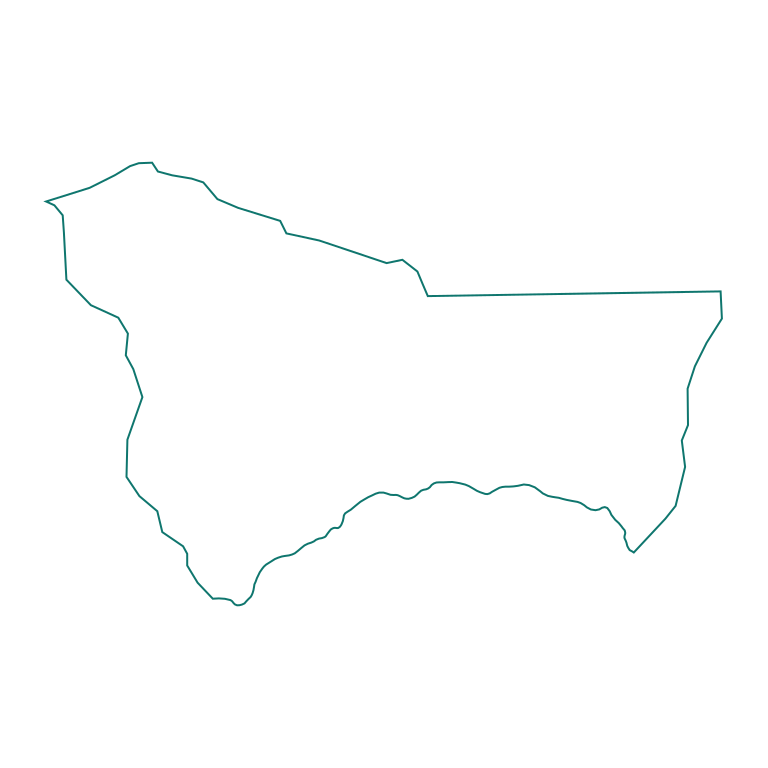 the district of Djoukou, Kémo, Central African Republic
{"feature_id": "33826404B12088014945622", "entity_name": "Djoukou", "entity_type": "district", "adm_level": 2, "iso_a3": "CAF", "parent_name": "Central African Republic", "parent_adm1": "Kémo", "projection": "albers", "projection_center": [19.458, 5.319], "detail": "fine", "context": "isolated", "style": "outline", "palette": "teal", "viewbox_px": 768, "rotation_deg": 0, "n_neighbors": 0, "source": "geoboundaries", "source_scale": "gbopen_adm2", "svg_char_len": 2640}
<svg xmlns="http://www.w3.org/2000/svg" viewBox="0 0 768 768"><path d="M721.9,318.6L720.6,291.4L427.8,296.1L422.8,284.4L417.4,271.5L402.4,259.8L386.6,263.1L319.2,240.5L286.4,233.4L280.2,220.9L238.2,207.9L217.4,199.1L203.3,182.4L191.6,178.6L172.1,175.3L157.9,171.5L152.1,162.7L138.8,163.2L130.1,166.1L114.7,175.3L89.7,187.8L46.1,201.5L54.4,205.3L62.7,215.3L63.9,232.4L66.4,279.7L90.9,305.2L118.3,317.7L127.9,333.6L125.8,355.3L133.3,369.1L142.4,397.1L127.4,439.7L126.5,476.9L139.4,496.1L157.3,511.2L162.3,532.1L183.1,546.3L187.2,553.8L187.2,565.5L197.6,582.7L212.8,598.7L218.9,598.4L224.9,598.8L230.5,600.1L232.1,601.2L233.6,603.1L234.9,604.4L237.1,605.3L239.5,605.2L241.9,604.6L244.5,603.4L246.2,601.4L248.4,599.1L250.7,596.9L251.7,595.2L252.6,593.1L253.5,590.0L254.1,586.5L254.4,584.4L255.6,581.8L256.9,578.2L258.7,574.5L259.8,572.2L262.3,568.6L263.9,566.6L266.1,564.6L268.2,563.3L274.8,559.1L278.1,557.7L281.8,556.5L284.6,556.0L289.0,555.4L292.1,554.5L294.8,553.3L298.0,550.8L301.3,548.0L304.5,545.4L307.9,543.7L311.3,542.6L313.9,541.4L316.0,539.8L319.0,538.6L321.9,538.1L324.6,537.1L325.7,536.3L327.4,533.8L329.3,531.3L330.8,529.5L332.6,528.4L334.1,527.9L335.7,527.9L337.1,528.1L338.4,527.9L340.0,526.7L341.1,525.1L341.5,524.4L342.8,521.2L343.5,518.1L343.9,515.4L345.1,513.4L347.4,511.8L350.8,509.7L355.7,505.6L360.4,501.8L363.9,499.7L368.2,497.2L372.1,495.4L375.6,493.7L379.2,492.6L383.5,492.6L386.7,493.5L390.5,494.8L393.7,495.0L395.9,494.9L397.7,495.2L399.6,496.0L402.1,497.3L404.3,498.3L406.3,498.7L408.5,498.8L411.8,497.9L414.6,496.6L416.8,494.7L418.9,492.6L421.1,490.7L423.4,489.8L426.2,489.3L428.1,488.5L429.9,487.2L431.6,485.0L433.9,483.4L436.5,482.5L439.7,482.3L444.2,482.3L448.3,482.1L452.3,482.0L456.3,482.6L459.7,483.2L465.3,484.6L468.9,486.1L473.4,488.7L476.9,490.8L480.1,492.2L485.1,493.9L487.3,494.1L489.7,493.4L491.9,491.9L495.7,489.8L499.4,487.8L502.3,487.0L505.2,486.7L508.5,486.7L513.5,486.4L518.0,485.8L523.8,484.5L529.1,485.1L534.8,487.3L540.4,491.4L542.8,493.4L547.9,495.9L552.2,496.8L555.3,497.3L558.8,497.8L562.6,498.9L566.7,499.9L572.4,501.0L577.5,501.9L580.6,503.0L584.2,505.2L586.9,507.4L590.9,509.5L595.5,510.2L599.3,509.4L602.2,507.7L604.8,507.1L607.3,508.0L609.7,511.2L611.4,514.9L615.2,519.8L618.8,523.1L621.6,526.5L622.5,527.8L623.1,528.5L624.7,530.4L624.9,531.2L625.2,532.4L625.2,533.6L624.9,534.7L624.6,535.7L624.4,537.1L624.6,538.4L625.2,539.6L625.8,540.9L626.5,542.8L626.9,544.5L627.3,546.0L628.4,548.1L629.7,550.1L632.3,551.5L633.8,552.5L665.4,518.7L675.6,505.9L685.1,466.9L681.8,440.5L688.0,425.1L687.6,388.7L694.9,366.3L706.6,342.8L721.9,318.6Z" fill="none" stroke="#0f766e" stroke-width="2"/></svg>